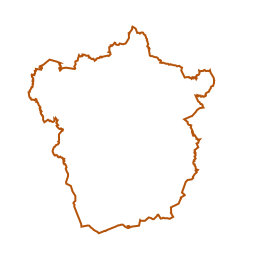 the district of Tacámbaro, Michoacán, Mexico, rotated 171°
{"feature_id": "50627088B98696498668505", "entity_name": "Tacámbaro", "entity_type": "district", "adm_level": 2, "iso_a3": "MEX", "parent_name": "Mexico", "parent_adm1": "Michoacán", "projection": "albers", "projection_center": [-101.483, 19.25], "detail": "fine", "context": "isolated", "style": "outline", "palette": "amber", "viewbox_px": 256, "rotation_deg": 171, "n_neighbors": 0, "source": "geoboundaries", "source_scale": "gbopen_adm2", "svg_char_len": 5843}
<svg xmlns="http://www.w3.org/2000/svg" viewBox="0 0 256 256"><g transform="rotate(171 128 128)"><path d="M201.9,203.6L205.6,202.7L205.7,202.2L203.9,202.3L204.4,201.9L204.4,201.4L203.6,200.8L203.6,200.4L204.4,200.0L205.1,200.2L205.0,199.3L209.7,200.8L209.7,199.5L210.1,199.0L210.8,199.0L210.6,198.6L211.1,198.5L211.1,196.9L211.5,196.0L212.6,195.7L212.5,194.9L214.3,195.3L214.6,195.7L214.9,195.3L214.5,194.8L214.9,193.6L213.8,191.9L214.2,191.2L214.0,190.4L214.7,190.1L214.4,189.3L214.8,189.0L214.4,188.6L215.2,187.0L214.8,186.4L215.3,186.0L215.3,185.4L215.6,185.0L215.7,183.9L216.3,183.7L216.4,183.1L217.2,183.0L218.1,181.3L219.4,180.1L219.3,179.1L220.6,178.8L220.5,174.2L220.3,173.4L219.5,173.1L219.4,171.7L218.9,171.0L217.8,171.0L215.5,169.9L214.7,170.3L215.1,170.8L214.8,171.1L214.0,170.6L214.3,169.8L213.7,168.8L214.3,168.1L213.5,167.9L213.4,167.2L212.9,166.7L212.7,164.9L211.3,162.2L212.2,161.4L211.6,160.4L212.0,159.8L211.3,159.1L211.8,158.7L210.9,157.7L211.8,157.1L211.6,156.4L211.8,155.8L211.3,154.7L210.8,154.4L211.0,153.7L210.0,152.8L210.6,149.4L209.7,146.8L205.7,148.7L204.3,147.1L203.8,147.5L201.7,145.8L200.9,145.8L199.4,146.6L199.3,148.6L198.8,147.9L197.8,148.4L197.7,148.8L197.2,147.9L197.0,146.6L196.4,146.5L197.3,145.4L197.4,144.8L198.0,144.3L196.6,141.8L198.1,141.4L197.6,140.0L196.0,137.9L194.2,137.3L194.0,137.9L192.5,136.8L192.9,135.6L194.1,135.3L197.2,132.5L197.9,127.6L198.4,125.9L199.0,125.4L198.4,124.8L198.4,124.1L199.8,122.8L202.1,122.2L202.8,121.1L204.1,120.7L205.3,118.7L205.4,118.2L205.9,117.7L206.1,116.4L205.5,113.8L204.5,112.2L203.3,112.6L202.1,111.9L201.7,111.1L201.9,110.6L200.9,109.8L199.3,110.3L198.8,109.4L197.6,109.0L197.5,108.4L196.1,107.7L197.0,107.1L196.9,106.3L196.0,106.1L196.0,105.2L197.2,104.4L197.1,103.3L196.4,102.8L196.1,102.5L196.4,102.1L195.6,101.8L195.0,100.3L194.9,98.6L195.4,98.3L195.9,97.5L195.1,93.9L194.4,92.4L194.7,89.9L197.6,84.3L197.7,82.7L193.5,79.7L192.7,74.0L190.6,69.1L191.4,64.2L193.1,63.2L193.7,62.3L192.8,60.4L193.4,58.9L189.3,40.5L189.4,37.8L183.0,38.0L181.4,37.5L180.4,35.7L178.7,34.1L177.8,32.7L174.4,30.1L173.3,28.6L167.3,30.0L166.3,29.7L165.5,30.3L154.6,32.8L153.0,33.4L151.8,33.2L150.0,33.6L148.2,33.3L145.9,30.6L143.8,29.3L143.1,29.8L142.9,30.3L143.3,31.1L142.4,31.1L142.1,30.8L142.0,30.0L142.3,29.4L139.6,30.0L132.4,29.8L130.4,35.1L129.8,34.3L125.8,33.7L121.5,36.4L119.4,35.5L118.0,34.1L116.7,34.0L113.1,36.6L112.4,37.6L111.6,37.6L109.9,33.4L108.2,33.5L107.4,33.9L105.7,33.1L103.1,32.7L101.2,31.8L97.3,33.1L98.9,37.3L98.6,37.4L98.0,42.9L89.9,45.3L87.1,49.8L86.6,50.0L86.7,51.1L82.5,52.7L82.7,53.4L84.8,55.8L79.4,65.7L77.3,67.3L73.1,67.3L71.4,68.5L71.6,69.5L69.4,71.9L67.1,73.5L67.8,75.1L66.7,75.4L65.6,74.9L66.0,75.3L65.5,75.7L67.5,76.8L67.3,79.0L68.1,80.6L67.8,80.9L67.8,81.7L69.0,82.5L68.9,83.6L68.4,85.0L67.5,85.1L67.7,86.2L66.0,87.2L66.8,89.5L65.5,90.3L65.4,90.7L65.7,91.7L65.3,92.3L65.8,92.5L65.4,92.9L65.5,94.2L65.8,94.2L65.6,94.5L65.7,95.7L61.6,98.0L62.7,102.0L60.9,102.4L59.9,104.6L58.9,105.5L60.9,105.5L61.2,106.6L62.0,106.6L61.9,107.2L63.1,110.3L64.7,110.1L64.9,110.8L64.5,110.8L64.2,111.4L64.7,111.6L64.6,112.5L65.1,112.5L65.4,113.3L65.4,114.2L64.7,114.3L65.0,115.2L64.8,115.5L65.3,116.6L65.4,117.6L66.1,118.6L65.1,120.6L66.2,121.3L67.1,121.4L67.8,122.0L68.4,123.5L68.1,124.6L71.1,127.8L63.4,129.8L62.9,129.7L58.1,133.6L57.3,134.8L54.1,136.4L50.3,136.4L51.0,137.8L50.7,138.7L50.8,139.1L51.6,140.2L52.6,140.3L53.4,142.4L54.5,143.2L56.2,149.4L54.4,148.6L54.3,149.6L53.6,149.2L53.3,148.6L52.8,149.0L51.7,148.7L51.9,148.5L51.2,148.0L51.2,147.6L50.3,147.4L50.0,147.5L49.1,147.8L48.5,147.0L47.8,147.0L47.2,147.5L46.4,147.4L45.8,148.3L46.2,149.2L45.3,150.3L42.3,151.3L41.5,152.9L40.0,154.3L39.8,155.5L39.2,156.0L37.5,156.2L36.0,158.9L35.7,161.1L35.4,161.3L35.6,164.5L37.8,169.8L38.0,172.2L38.3,171.9L39.5,171.6L40.9,172.1L42.1,172.0L43.3,172.9L43.3,173.3L44.4,173.1L45.1,172.5L47.0,172.9L47.7,172.6L48.7,173.5L48.8,170.9L50.0,169.4L51.4,169.6L52.1,169.0L52.2,168.2L52.7,167.4L52.4,166.3L53.0,165.6L53.7,167.8L54.3,167.6L55.2,167.8L54.9,167.4L55.1,167.1L55.8,167.6L55.9,167.1L56.5,167.6L57.5,166.6L58.4,167.8L59.4,167.9L59.7,168.7L61.4,169.0L64.1,169.0L66.4,176.5L65.2,179.2L66.1,179.7L67.7,181.4L69.8,181.2L71.1,182.4L73.3,182.9L74.2,183.5L75.4,183.7L75.9,184.3L77.4,184.1L77.4,184.3L78.4,185.1L80.6,185.6L83.2,187.1L84.2,186.9L85.9,187.5L85.1,188.5L85.3,189.4L85.1,189.6L85.7,190.1L86.6,190.0L87.9,192.8L89.0,193.5L90.5,193.8L92.9,195.3L94.3,195.5L95.1,196.2L95.1,201.7L94.4,202.7L95.3,203.2L95.3,204.1L94.6,203.8L94.6,204.0L95.4,204.4L95.6,205.9L96.0,205.9L95.3,207.3L94.9,207.6L95.4,210.4L94.9,210.1L95.5,211.0L95.4,213.0L96.1,214.1L96.0,214.8L96.4,216.1L96.3,216.9L97.7,218.1L98.2,219.8L99.0,220.1L100.1,220.2L101.5,219.4L102.3,220.4L104.0,220.4L104.9,225.0L107.7,227.4L108.2,226.7L108.5,224.9L111.0,222.4L112.4,221.6L111.9,220.8L112.5,220.4L113.0,216.6L117.0,211.9L119.9,211.5L123.1,212.8L124.0,211.6L125.0,211.6L126.3,212.0L127.3,213.0L127.2,214.0L127.8,214.4L130.3,212.0L130.5,212.3L132.1,212.4L132.0,211.5L133.9,210.8L134.3,206.6L135.2,206.0L133.8,205.4L133.7,203.5L135.8,202.1L136.5,202.7L142.3,202.3L142.6,201.9L143.2,201.9L143.5,202.7L144.4,202.7L144.9,201.9L145.9,201.5L146.7,201.8L147.9,201.5L148.7,200.9L148.7,200.5L150.4,199.7L150.5,200.9L151.3,201.2L151.7,201.9L152.3,201.6L153.0,201.7L154.8,203.5L155.7,203.7L155.6,204.1L155.1,204.2L155.5,204.7L155.6,205.7L158.1,205.9L159.1,207.0L161.0,207.6L160.9,207.1L161.7,206.2L162.4,206.8L163.4,205.9L164.4,206.5L165.0,207.6L165.4,206.8L165.2,206.4L166.3,205.0L167.1,202.6L169.5,202.0L169.8,201.0L169.7,199.2L171.4,197.1L170.8,195.3L171.4,194.6L179.8,197.3L183.5,197.2L184.0,197.5L184.7,197.2L184.9,196.2L186.1,195.4L186.6,197.9L184.7,199.4L185.1,201.1L185.7,201.1L186.0,202.7L185.6,203.1L185.3,202.8L184.8,202.8L188.2,204.8L194.8,207.8L201.9,203.6Z" fill="none" stroke="#b45309" stroke-width="2"/></g></svg>